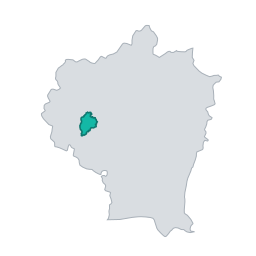 location of Dokshytsy, Vitebsk, Belarus, rotated 276°
{"feature_id": "67162791B61932293276792", "entity_name": "Dokshytsy", "entity_type": "district", "adm_level": 2, "iso_a3": "BLR", "parent_name": "Belarus", "parent_adm1": "Vitebsk", "projection": "albers", "projection_center": [27.92, 54.818], "detail": "fine", "context": "in_parent", "style": "filled", "palette": "teal", "viewbox_px": 256, "rotation_deg": 276, "n_neighbors": 0, "source": "geoboundaries", "source_scale": "gbopen_adm2", "svg_char_len": 7043}
<svg xmlns="http://www.w3.org/2000/svg" viewBox="0 0 256 256"><g transform="rotate(276 128 128)"><path d="M214.2,184.2L210.0,184.2L204.9,184.5L202.2,186.6L199.0,185.8L196.9,187.0L192.1,192.7L190.3,195.7L188.6,200.3L187.6,203.7L188.3,206.0L189.3,208.1L189.6,210.4L190.1,212.3L188.9,213.6L188.3,215.6L186.1,215.3L183.4,213.6L182.8,210.9L180.7,209.1L179.3,208.2L177.1,208.1L173.7,209.1L169.1,209.9L165.7,210.2L163.8,211.1L161.1,212.1L160.0,211.1L158.4,208.1L157.0,205.1L156.1,203.8L155.4,203.4L154.5,203.5L153.4,204.5L152.6,205.5L149.8,206.6L148.5,207.7L147.1,210.5L146.2,210.3L145.2,209.7L144.1,206.6L142.6,205.9L140.2,205.9L137.2,205.2L134.8,204.3L133.9,204.5L132.4,205.9L130.9,206.1L127.5,204.9L126.8,205.4L124.8,208.8L123.9,209.0L123.4,208.6L123.7,205.6L121.7,204.5L118.3,204.4L116.0,204.8L114.8,204.6L114.2,204.1L111.4,199.0L109.9,198.7L107.2,198.9L103.2,198.2L98.6,197.0L96.0,196.6L94.7,195.4L91.9,195.0L84.3,192.7L81.2,192.2L76.6,192.0L69.7,191.3L65.2,191.4L63.1,192.0L60.7,192.3L52.4,192.5L49.4,192.9L48.5,193.9L47.4,196.2L43.7,200.0L40.3,202.4L39.6,202.6L37.8,201.1L36.2,200.5L34.3,200.3L32.9,200.6L32.0,201.3L31.9,204.3L31.7,204.6L30.5,200.9L30.8,197.6L31.7,195.7L32.8,194.1L32.6,191.6L33.8,188.3L33.9,185.8L33.6,184.8L32.9,183.5L30.8,182.0L29.9,180.9L27.1,179.3L24.4,177.4L23.9,176.3L24.1,175.6L24.7,174.5L27.1,171.4L29.7,168.4L31.3,167.2L39.5,163.6L40.8,162.3L41.3,159.9L41.4,155.0L41.2,150.6L40.8,147.5L39.6,141.7L36.2,129.6L34.6,117.1L36.1,118.0L39.8,118.5L42.8,117.8L44.3,117.8L45.7,118.1L49.6,117.6L50.5,118.8L52.2,119.8L55.6,118.6L58.8,117.0L61.9,117.4L62.4,116.5L63.3,112.2L64.3,111.3L68.0,111.9L69.4,111.2L70.9,109.1L73.2,107.8L75.0,107.9L77.0,106.5L77.9,107.5L78.3,109.3L77.6,110.7L77.9,111.3L79.2,112.1L81.4,112.1L82.9,111.6L83.3,110.8L83.3,109.3L83.0,107.9L82.1,106.6L80.3,105.9L79.0,105.9L78.9,105.1L79.3,103.5L80.5,100.5L82.0,97.8L82.9,96.8L83.0,95.9L82.9,94.3L83.0,91.3L84.3,87.2L86.0,84.1L88.3,83.2L90.9,82.7L92.7,81.3L93.6,79.6L94.4,76.9L95.2,76.4L101.6,76.9L102.6,74.2L103.2,73.5L104.4,72.7L105.3,71.8L105.0,71.0L103.4,70.5L99.5,70.0L98.8,69.1L99.1,68.1L100.1,65.3L101.2,61.8L101.7,59.1L101.8,57.4L102.4,57.0L105.5,56.6L106.5,56.0L109.2,52.3L111.2,51.7L116.4,52.7L118.8,52.7L121.9,52.9L122.1,52.6L123.2,48.9L128.4,42.9L131.1,40.9L132.8,40.4L133.4,40.5L136.2,43.6L136.8,43.8L138.7,42.4L141.8,42.3L143.3,43.4L145.4,47.2L146.5,47.7L149.6,45.5L151.3,44.7L152.4,44.7L158.3,47.6L158.7,48.5L158.8,49.7L158.0,53.2L159.2,55.3L160.7,56.7L163.6,54.3L164.7,53.6L165.9,53.5L167.5,52.6L168.6,51.2L169.8,50.7L171.9,50.9L175.8,50.5L180.4,52.5L180.8,53.1L183.1,55.5L184.0,56.7L184.7,57.0L186.0,58.2L187.6,58.9L188.7,58.6L189.3,59.0L189.8,59.9L190.0,61.5L190.0,66.2L188.4,68.7L188.3,69.5L188.4,70.5L189.8,72.5L191.6,75.5L192.1,77.3L192.1,78.6L190.0,82.7L189.3,83.6L188.8,85.6L188.6,87.6L188.8,88.4L192.8,91.4L195.7,93.0L196.4,93.8L196.5,94.3L195.1,97.8L195.0,98.7L197.4,100.0L198.8,102.1L200.1,105.7L202.4,109.0L210.9,113.7L211.7,114.5L212.0,115.6L211.9,118.0L210.6,122.6L212.1,123.2L215.7,122.8L220.2,123.1L225.7,125.9L225.8,127.3L225.4,128.7L225.8,130.0L226.5,131.1L231.3,134.4L231.9,135.4L232.1,137.1L232.0,138.4L230.7,138.8L229.4,139.5L227.1,141.1L226.3,143.3L222.7,146.5L220.4,148.0L218.6,148.2L214.1,147.8L212.4,146.5L211.7,145.2L210.0,144.6L207.7,144.7L204.6,145.1L203.9,145.5L203.5,147.2L202.3,150.1L201.4,151.7L205.7,157.1L207.8,159.3L208.5,160.7L208.6,161.7L207.7,162.9L207.9,165.3L210.1,168.3L209.4,168.8L209.4,172.7L209.7,176.8L210.3,177.8L211.4,178.5L212.3,180.0L214.0,183.3L214.2,184.2Z" fill="#d9dde1" stroke="#a8b0b8" stroke-width="1"/><path d="M134.8,94.2L134.8,93.9L134.8,93.7L134.8,93.4L134.7,93.3L134.6,93.1L134.5,92.9L134.4,92.7L134.4,92.3L134.5,92.2L134.8,92.0L135.0,91.9L135.3,91.8L135.5,91.6L135.5,91.4L135.4,91.2L135.1,91.1L134.9,90.9L135.0,90.8L135.0,90.7L135.0,90.4L135.2,90.2L135.3,89.9L135.4,89.6L135.4,89.4L135.5,89.3L135.7,89.2L135.8,89.2L135.9,89.3L136.0,89.3L136.4,89.4L136.6,89.4L136.9,89.4L137.2,89.3L137.5,89.3L137.8,89.3L138.0,89.2L138.3,89.2L138.5,89.3L138.5,89.5L138.4,89.8L138.2,90.0L137.8,90.0L137.6,90.1L137.5,90.3L137.8,90.5L138.1,90.5L138.3,90.3L138.5,90.2L138.8,89.9L139.1,89.7L139.4,89.5L139.6,89.4L139.7,89.2L139.6,88.9L139.5,88.7L139.5,88.3L139.5,88.2L139.5,87.9L139.4,87.7L139.2,87.5L139.1,87.4L138.9,87.1L139.0,86.8L139.0,86.7L139.3,86.4L139.4,86.2L139.5,86.1L139.4,86.0L139.3,85.9L139.2,85.8L139.0,85.6L138.9,85.5L138.8,85.4L138.7,85.2L138.7,84.9L138.4,84.8L138.2,84.8L137.8,84.8L137.6,84.8L137.3,84.6L137.1,84.3L137.0,84.2L136.8,84.1L136.7,83.9L136.5,83.7L136.4,83.7L136.1,83.5L135.9,83.5L135.8,83.4L135.8,83.2L135.7,83.0L135.5,82.9L135.4,83.0L135.2,83.1L134.8,83.0L134.7,82.9L134.4,82.7L134.3,82.4L134.3,82.2L134.3,81.9L134.2,81.7L134.0,81.4L133.9,81.3L133.9,81.2L133.8,80.8L133.6,80.7L133.4,80.5L133.2,80.4L132.9,80.3L132.5,80.3L132.4,80.3L132.1,80.3L131.9,80.3L131.6,80.4L131.4,80.4L131.2,80.4L131.1,80.5L130.9,80.5L130.7,80.7L130.6,80.9L130.4,81.0L130.2,81.1L129.9,81.2L129.6,81.2L129.4,81.1L129.2,81.1L128.8,81.0L128.7,81.1L128.4,81.2L128.2,81.2L128.0,80.9L127.9,80.7L127.6,80.5L127.5,80.4L127.3,80.4L127.1,80.4L126.7,80.4L126.4,80.3L126.2,80.3L126.0,80.2L125.9,80.1L125.7,80.0L125.6,79.9L125.4,79.9L125.3,80.0L125.2,80.0L124.8,80.1L124.7,80.1L124.4,80.0L124.2,80.0L123.9,80.1L123.7,80.2L123.4,80.2L123.2,80.3L122.9,80.4L122.7,80.5L122.3,80.6L122.2,80.6L121.9,80.7L121.7,80.8L121.4,81.0L121.3,81.4L121.2,81.5L120.9,81.8L120.7,81.8L120.5,82.0L120.4,82.1L120.2,82.3L119.9,82.4L119.7,82.5L119.4,82.7L119.2,82.8L118.9,82.7L118.7,82.7L118.2,82.4L118.0,82.5L117.9,82.4L117.8,82.2L117.7,82.1L117.4,82.2L117.3,82.3L117.1,82.4L117.0,82.5L116.9,82.6L116.7,82.7L116.6,82.8L116.4,82.8L116.3,82.7L116.3,82.4L116.2,82.3L115.9,82.3L115.5,82.5L115.4,82.8L115.4,83.0L115.5,83.4L115.7,83.7L115.9,84.0L116.2,84.2L116.4,84.3L116.5,84.5L116.4,84.9L116.4,85.1L116.4,85.3L116.4,85.7L116.7,85.8L116.9,85.8L117.1,86.0L117.3,86.2L117.4,86.4L117.4,86.7L117.5,86.9L117.9,87.2L118.1,87.3L118.3,87.3L118.6,87.3L118.9,87.2L119.1,87.1L119.3,87.2L119.6,87.5L119.8,87.7L120.1,87.9L120.3,88.2L120.3,88.7L120.3,88.9L120.2,88.9L120.2,89.1L120.4,89.2L120.5,89.2L120.8,88.9L121.0,88.8L121.4,89.0L121.5,89.1L121.5,89.4L121.4,89.6L121.4,89.8L121.4,90.1L121.4,90.3L121.5,90.4L121.7,90.5L121.9,90.5L122.2,90.5L122.5,90.5L122.9,90.6L123.2,90.6L123.4,90.7L123.6,90.8L123.6,91.0L123.8,91.1L124.1,91.2L124.3,91.2L124.4,91.4L124.5,91.6L124.6,92.1L124.5,92.4L124.5,92.8L124.5,93.3L124.5,93.5L124.6,94.0L124.9,94.3L125.1,94.5L125.3,94.6L125.5,95.0L125.6,95.5L125.7,95.8L125.8,96.0L126.1,96.2L126.4,96.2L126.6,96.2L126.8,96.1L127.0,95.9L127.5,95.9L127.7,95.7L127.9,95.5L128.0,95.3L128.3,95.3L128.4,95.6L128.5,95.8L128.5,96.0L128.8,96.3L129.2,96.3L129.4,96.2L129.6,96.2L129.9,96.1L130.1,96.2L130.3,96.2L130.5,96.3L130.6,96.5L130.7,96.8L130.8,96.9L131.0,96.9L131.2,96.6L131.3,96.5L131.4,96.3L131.5,96.1L131.8,95.9L132.0,95.8L132.4,95.7L132.7,95.5L132.8,95.4L133.2,95.4L133.4,95.2L133.5,95.0L133.5,94.8L133.7,94.6L133.9,94.5L134.1,94.4L134.5,94.3L134.7,94.2L134.8,94.2Z" fill="#14b8a6" stroke="#0f766e" stroke-width="1.5"/></g></svg>